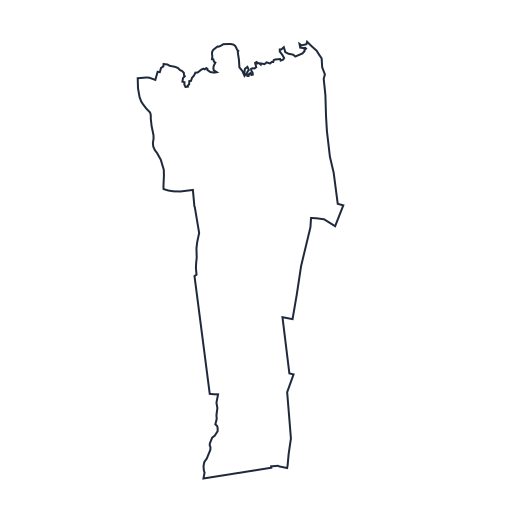 Sagaga le Usoga, Tuamasaga, Samoa (Robinson projection), rotated 352°
{"feature_id": "51752279B36122243432927", "entity_name": "Sagaga le Usoga", "entity_type": "district", "adm_level": 2, "iso_a3": "WSM", "parent_name": "Samoa", "parent_adm1": "Tuamasaga", "projection": "robinson", "projection_center": [-171.854, -13.828], "detail": "fine", "context": "isolated", "style": "outline", "palette": "slate", "viewbox_px": 512, "rotation_deg": 352, "n_neighbors": 0, "source": "geoboundaries", "source_scale": "gbopen_adm2", "svg_char_len": 2634}
<svg xmlns="http://www.w3.org/2000/svg" viewBox="0 0 512 512"><g transform="rotate(352 256 256)"><path d="M173.0,469.0L190.8,468.7L241.7,467.8L241.7,466.4L248.5,466.8L249.5,467.5L257.3,470.3L258.2,467.6L260.8,456.5L265.2,441.5L267.9,395.2L276.7,378.5L272.7,376.9L273.7,320.3L283.4,323.6L290.9,300.2L299.3,272.1L313.9,235.1L315.8,226.0L320.9,227.0L328.5,229.1L338.5,237.5L349.5,218.0L344.2,215.7L344.5,184.4L343.0,168.0L343.6,142.2L344.8,127.3L347.1,106.4L347.7,89.9L349.5,85.8L347.8,78.3L348.5,69.6L348.1,68.6L346.4,65.2L344.6,61.1L340.2,55.9L336.4,51.0L335.4,53.3L330.5,53.8L328.6,52.0L328.8,55.8L331.7,56.7L333.7,56.7L334.4,57.6L332.6,58.8L332.6,59.9L330.2,61.9L322.7,63.9L320.8,61.8L316.2,60.2L313.4,58.2L312.6,53.1L309.8,55.0L308.3,54.8L308.0,56.8L310.1,60.6L311.4,63.9L310.2,65.3L307.6,65.9L307.3,64.3L302.4,64.1L300.9,64.4L300.0,66.3L298.7,66.0L296.7,67.3L293.4,65.7L291.2,67.2L287.7,66.0L287.3,67.1L285.6,65.3L284.1,65.5L283.7,64.0L282.0,64.6L282.5,69.0L280.6,70.1L278.8,69.6L277.2,70.0L277.2,72.2L278.1,73.8L278.1,75.9L276.6,76.1L275.9,74.2L274.6,74.6L273.7,76.7L272.4,76.4L272.1,74.4L273.2,72.3L274.8,70.8L273.8,67.5L271.1,69.1L270.0,72.6L270.6,75.0L269.7,76.0L268.2,70.8L265.8,66.9L266.4,59.5L266.3,51.4L267.0,50.5L266.1,49.3L264.8,45.3L263.2,43.6L260.3,42.5L253.2,41.7L250.7,42.8L248.3,43.5L247.0,43.2L242.5,45.8L241.2,47.3L240.6,49.1L240.5,52.5L239.8,55.0L241.1,55.3L241.5,57.8L242.7,58.8L240.6,61.8L239.9,64.2L240.0,66.1L242.7,68.5L240.2,68.6L236.4,67.5L233.7,65.0L233.9,63.8L232.8,63.0L231.3,64.0L229.9,63.2L227.9,63.8L223.7,66.2L221.5,66.0L219.7,68.7L217.5,70.6L215.9,73.6L214.3,73.5L213.7,76.7L212.0,77.9L212.1,78.8L209.7,78.8L208.9,76.1L209.4,74.0L207.4,73.1L208.5,69.6L210.5,68.1L209.9,67.3L210.0,64.5L208.5,62.5L206.6,61.3L204.9,59.0L202.4,57.5L196.9,55.6L195.1,54.1L191.2,53.0L190.6,55.4L188.2,56.5L186.3,60.6L184.2,59.9L180.8,67.6L175.2,64.6L172.6,64.0L163.6,63.5L162.5,73.4L162.8,82.3L163.8,86.9L165.0,89.6L167.8,94.6L171.1,99.2L171.4,101.7L170.9,105.5L170.7,112.6L171.3,122.1L170.9,125.5L169.6,129.9L169.5,133.4L170.6,137.2L172.3,140.1L175.1,147.4L176.7,157.9L176.0,163.6L174.0,174.4L173.8,176.9L178.4,179.0L183.4,180.5L190.2,181.6L202.7,181.8L201.9,198.0L202.2,199.2L202.9,225.3L199.8,233.8L198.1,240.0L197.1,249.2L195.7,254.9L194.8,259.7L194.5,266.2L192.3,267.3L192.0,296.3L191.0,386.1L196.2,387.3L199.2,387.7L196.4,395.8L196.6,401.2L194.7,408.0L194.4,411.9L192.3,417.1L193.8,418.8L194.1,420.9L193.6,424.2L190.1,428.2L187.3,429.8L184.2,435.2L183.8,437.1L184.3,438.9L183.8,441.6L179.1,449.7L176.2,452.7L174.8,456.7L174.5,461.0L174.9,463.4L173.0,469.0Z" fill="none" stroke="#1e293b" stroke-width="2"/></g></svg>